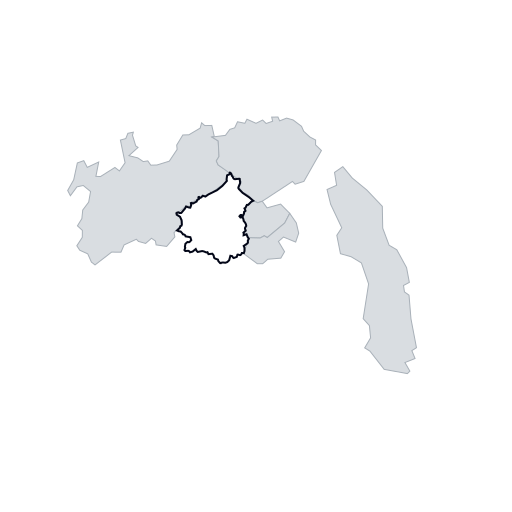 map of Belarus with Sweden, Ukraine, Poland and 2 others greyed out, rotated 138°
{"feature_id": "BLR", "entity_name": "Belarus", "entity_type": "country or territory", "adm_level": 0, "iso_a3": "BLR", "parent_name": "Europe", "parent_adm1": "", "projection": "orthographic", "projection_center": [28.129, 53.705], "detail": "medium", "context": "with_neighbors", "style": "outline", "palette": "ink", "viewbox_px": 512, "rotation_deg": 138, "n_neighbors": 5, "source": "natural_earth", "source_scale": "50m", "svg_char_len": 4477}
<svg xmlns="http://www.w3.org/2000/svg" viewBox="0 0 512 512"><g transform="rotate(138 256 256)"><path d="M128.9,208.4L143.2,191.9L149.9,174.9L147.2,166.4L151.9,146.6L159.7,133.8L166.1,135.4L169.7,130.0L168.5,124.5L182.9,105.6L198.1,80.5L203.5,81.4L206.4,73.4L216.6,77.2L218.7,67.5L222.2,67.3L236.6,86.0L235.0,109.1L236.7,115.0L225.6,118.5L218.3,128.4L218.3,137.7L191.0,159.9L182.3,180.3L185.8,191.8L191.7,201.2L182.1,217.3L173.4,219.6L165.9,244.5L158.7,257.9L148.8,254.6L141.7,265.6L131.7,264.3L132.3,249.5L129.5,230.9L128.9,208.4Z" fill="#d9dde1" stroke="#a8b0b8" stroke-width="1"/><path d="M337.2,424.0L342.8,427.2L353.6,425.0L352.1,430.7L340.5,434.6L326.5,444.7L320.2,442.1L322.1,434.8L310.0,431.1L321.7,422.3L318.4,419.1L301.6,416.2L300.6,410.6L290.9,412.9L279.2,432.9L274.2,430.4L269.1,432.9L264.3,430.1L267.0,428.4L271.7,418.3L271.0,415.6L283.3,415.6L278.2,408.0L276.6,401.6L272.8,399.1L273.4,393.9L268.7,389.9L257.0,384.5L243.3,388.0L240.7,391.5L229.4,394.9L224.8,391.0L211.9,388.4L207.3,391.4L206.8,387.2L201.5,382.6L207.0,372.8L209.2,373.9L207.1,366.8L216.9,354.7L221.9,353.2L223.2,349.0L219.2,335.3L223.8,334.9L229.2,331.1L246.1,332.6L267.9,339.0L271.4,336.3L274.0,339.8L286.5,340.3L286.9,332.5L289.7,329.0L301.3,328.2L303.5,324.5L316.0,322.9L322.8,331.1L320.7,334.4L321.8,339.1L329.6,339.2L333.6,345.5L333.7,348.5L346.6,352.5L353.8,349.2L360.7,355.5L381.6,357.1L382.4,361.6L379.6,370.2L383.1,378.2L382.3,383.5L372.6,386.1L367.9,391.2L368.5,397.9L360.4,400.3L354.0,406.1L344.3,408.0L335.8,414.6L337.2,424.0Z" fill="#d9dde1" stroke="#a8b0b8" stroke-width="1"/><path d="M221.1,299.4L221.0,306.2L223.2,312.2L222.8,318.3L217.0,321.1L223.2,349.0L221.9,353.2L216.9,354.7L207.1,366.8L209.2,373.9L198.0,366.1L190.7,367.6L186.1,365.5L179.9,368.1L175.5,362.1L171.2,363.7L167.2,354.6L160.1,352.6L159.8,347.7L153.5,345.0L151.4,348.7L146.7,344.6L148.0,340.6L141.0,338.0L137.4,332.3L135.4,321.9L137.1,316.8L136.3,308.3L134.1,302.3L137.4,298.7L136.8,290.6L170.5,279.4L178.9,283.2L179.0,287.0L214.7,292.5L219.2,294.5L221.1,299.4Z" fill="#d9dde1" stroke="#a8b0b8" stroke-width="1"/><path d="M249.0,274.3L249.6,281.3L242.2,286.0L239.9,294.6L229.8,300.0L221.1,299.4L219.2,294.5L214.7,292.5L215.6,284.4L203.0,278.1L202.4,265.1L212.6,261.3L235.3,262.2L236.3,265.5L240.9,266.6L249.0,274.3Z" fill="#d9dde1" stroke="#a8b0b8" stroke-width="1"/><path d="M256.2,245.8L260.2,249.4L263.6,266.0L249.0,274.3L240.9,266.6L236.3,265.5L235.3,262.2L212.6,261.3L202.4,265.1L203.9,253.6L209.0,244.4L217.2,239.8L222.9,251.7L229.6,251.8L231.9,240.1L239.0,237.8L249.4,245.7L256.2,245.8Z" fill="#d9dde1" stroke="#a8b0b8" stroke-width="1"/><path d="M297.6,327.8L293.6,327.9L292.4,328.8L291.1,328.4L290.2,328.9L288.1,331.4L287.3,332.6L286.2,336.0L287.3,339.7L286.5,341.1L285.5,341.0L284.4,340.3L284.1,339.1L282.7,338.0L276.9,338.8L274.9,339.6L273.2,336.6L272.5,335.9L270.1,337.2L269.0,338.9L268.2,338.5L267.7,337.2L263.7,336.2L262.0,337.0L260.6,336.5L259.5,338.2L259.1,338.2L258.8,338.0L259.0,336.8L258.1,336.3L255.2,336.4L253.8,334.0L250.2,333.6L240.9,331.0L234.1,330.6L227.4,331.3L226.5,332.7L223.5,335.3L220.9,334.4L220.0,334.8L219.8,336.2L219.3,334.6L219.5,333.2L220.3,331.8L220.2,330.7L220.7,329.3L220.8,328.2L220.3,327.2L216.7,324.6L216.5,324.2L219.0,320.8L223.2,318.8L223.7,318.2L223.9,317.2L223.7,311.9L221.8,304.2L221.1,298.9L223.3,299.5L227.5,299.2L228.6,300.1L231.4,298.9L232.7,299.1L233.4,296.9L233.8,296.5L235.4,296.7L236.6,295.5L239.2,294.4L239.7,295.6L239.4,296.2L239.6,296.5L240.1,296.8L241.7,296.6L241.8,295.0L240.0,293.8L240.7,291.9L241.7,290.3L241.8,288.0L242.3,286.2L243.1,284.9L245.2,284.3L245.9,283.7L246.6,281.8L247.0,281.6L249.7,281.8L250.2,280.7L251.3,279.7L248.5,278.5L249.6,275.4L249.8,273.6L251.8,272.9L253.0,271.4L253.9,271.1L258.4,271.7L259.0,269.9L261.2,267.4L263.1,266.3L264.5,267.7L265.6,267.2L266.9,267.1L267.5,267.6L268.5,269.2L268.9,269.4L270.9,268.2L273.9,269.4L274.1,270.3L273.8,271.8L274.9,273.3L278.8,270.8L281.4,270.7L283.3,271.5L284.9,273.3L286.4,274.3L286.9,274.2L287.4,274.7L287.4,277.4L286.7,278.8L288.1,281.4L288.3,282.7L287.1,284.8L286.9,286.9L290.1,289.2L289.5,291.3L290.5,291.8L291.7,294.3L292.7,295.7L296.6,298.0L296.7,299.5L296.1,301.5L300.2,301.7L302.6,302.9L302.4,304.1L302.9,305.2L305.2,307.0L305.2,308.3L303.1,309.4L302.8,310.3L300.3,312.3L297.6,312.3L296.6,311.1L295.8,310.9L293.5,311.1L292.2,313.9L295.2,317.7L294.8,318.7L294.9,319.7L295.8,321.0L295.6,321.2L295.6,324.6L296.8,326.0L297.6,327.8Z" fill="none" stroke="#020617" stroke-width="2"/></g></svg>